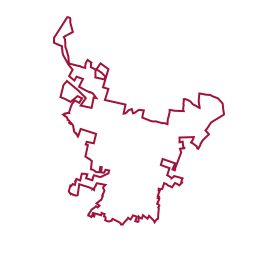 Homún, Yucatán, Mexico (Mercator projection), rotated 192°
{"feature_id": "50627088B94698794440678", "entity_name": "Homún", "entity_type": "district", "adm_level": 2, "iso_a3": "MEX", "parent_name": "Mexico", "parent_adm1": "Yucatán", "projection": "mercator", "projection_center": [-89.236, 20.665], "detail": "fine", "context": "isolated", "style": "outline", "palette": "rose", "viewbox_px": 256, "rotation_deg": 192, "n_neighbors": 0, "source": "geoboundaries", "source_scale": "gbopen_adm2", "svg_char_len": 5761}
<svg xmlns="http://www.w3.org/2000/svg" viewBox="0 0 256 256"><g transform="rotate(192 128 128)"><path d="M197.5,161.3L197.7,160.7L198.9,158.8L199.1,158.4L199.9,156.9L200.2,155.2L200.1,154.7L200.4,145.1L200.5,144.2L195.5,143.3L189.6,141.6L183.8,148.8L180.4,147.7L179.1,147.6L179.7,145.5L180.1,145.1L180.8,142.5L185.6,143.8L187.7,140.0L188.5,135.6L188.6,133.9L188.9,131.1L188.6,130.4L190.5,130.1L190.9,129.9L191.7,129.1L192.4,128.8L192.7,129.1L193.0,128.9L193.2,128.5L193.4,128.4L193.4,128.2L193.9,127.8L194.2,127.6L193.5,127.2L193.0,127.0L192.4,126.6L191.3,126.2L190.8,126.2L190.3,125.8L189.8,125.6L189.6,125.4L189.6,125.1L189.2,124.7L189.1,124.4L188.7,124.0L188.6,123.8L188.7,123.4L188.0,123.3L187.1,123.0L186.8,122.6L186.3,122.1L186.7,120.9L186.0,120.5L184.8,120.1L184.5,120.1L184.5,120.9L184.0,120.6L183.7,120.1L183.2,120.0L182.8,119.7L182.3,118.9L181.9,118.5L181.8,117.8L181.6,117.4L181.5,117.0L181.2,116.5L181.1,116.0L181.0,115.9L180.5,115.3L180.6,114.6L180.0,113.4L179.4,112.8L179.1,112.5L178.7,112.3L178.2,112.3L177.9,112.2L177.6,111.8L177.1,111.6L177.0,111.4L177.1,111.0L176.9,110.8L176.2,110.8L175.8,110.4L175.6,109.9L175.6,109.6L175.2,109.2L174.9,110.5L174.1,117.2L158.0,115.6L158.3,105.9L165.5,105.9L165.6,104.9L165.9,103.1L163.7,102.9L163.7,92.6L163.7,91.2L160.9,90.1L160.6,89.9L158.6,89.4L157.3,88.5L156.5,88.2L155.7,79.9L153.4,79.8L150.3,78.5L150.3,78.4L149.7,78.3L146.7,78.8L147.0,84.2L145.5,84.2L145.2,79.1L144.3,79.0L143.0,79.2L142.7,79.1L142.0,79.4L141.3,82.5L137.6,82.5L137.7,79.6L144.8,74.2L146.8,74.3L148.9,74.5L151.5,74.7L151.8,73.1L151.9,72.8L152.0,69.5L158.6,70.1L158.1,74.3L159.6,74.1L160.7,74.2L163.7,73.7L163.8,66.7L167.9,67.4L168.0,65.8L168.4,65.4L168.6,64.8L168.0,64.6L168.1,61.3L170.5,61.7L171.5,59.4L172.4,59.7L172.7,53.6L170.4,51.5L170.2,52.0L169.2,51.8L167.8,51.2L166.9,51.3L165.1,51.0L164.1,51.3L163.3,51.8L164.0,62.9L158.4,62.3L157.8,62.3L154.4,61.9L153.6,61.9L151.7,61.4L150.7,61.2L149.9,61.3L149.9,60.9L149.7,61.1L149.2,60.9L148.3,60.4L148.3,60.8L148.5,61.4L148.5,61.8L148.3,63.0L148.2,63.5L147.8,64.1L147.5,65.0L147.4,66.3L146.9,67.5L138.2,67.7L140.1,64.6L139.7,64.0L139.4,63.5L139.1,63.2L138.0,61.9L138.7,58.1L138.9,58.1L139.1,56.3L138.5,56.1L139.1,52.4L139.3,52.1L139.5,52.1L143.1,47.8L139.7,46.0L141.2,44.0L143.0,44.8L144.8,42.5L146.1,41.3L146.9,40.0L147.1,39.1L147.7,37.7L148.0,37.2L148.0,36.7L148.3,36.1L148.5,35.7L148.4,35.5L148.6,35.0L148.8,34.7L148.7,34.1L147.9,34.1L145.3,33.3L144.9,34.9L143.8,34.6L142.8,34.3L142.6,35.4L143.8,35.6L144.8,35.8L144.6,37.6L139.7,37.4L136.2,37.0L136.0,38.6L136.1,39.4L135.1,39.1L133.0,39.0L133.0,37.9L133.1,36.6L132.8,36.6L131.5,36.1L131.1,34.9L131.2,33.2L129.5,32.6L128.7,32.5L127.6,32.7L126.9,32.7L124.7,33.9L124.8,34.6L124.5,35.5L124.3,35.9L118.0,34.3L115.6,33.4L114.9,32.2L113.2,32.4L112.4,34.3L109.7,38.8L109.2,40.2L108.1,39.6L106.5,39.0L105.7,41.1L105.0,43.5L103.0,43.4L101.1,43.1L101.1,42.7L101.0,41.7L101.5,38.4L99.1,38.2L98.3,38.6L99.0,43.4L98.6,43.1L95.7,42.3L95.6,42.6L95.2,45.8L93.0,44.7L90.0,43.4L89.2,46.5L88.6,46.1L83.5,42.8L82.4,41.3L81.7,43.0L80.9,44.7L80.5,45.0L80.0,45.2L79.7,45.6L80.3,48.8L81.2,55.9L81.9,56.4L81.2,58.6L82.7,59.8L83.7,59.9L83.4,62.2L83.1,62.2L82.9,63.2L82.7,65.5L83.8,65.5L84.5,65.6L84.4,66.4L83.6,66.3L83.4,67.3L84.7,67.6L84.4,70.4L84.0,72.9L85.1,73.2L85.3,75.0L83.5,74.7L83.2,75.1L82.1,75.2L81.8,75.9L81.2,81.6L80.6,81.4L78.8,81.2L76.7,80.0L74.5,79.8L72.6,79.1L70.6,84.0L68.1,83.4L65.8,82.6L63.8,85.8L64.7,86.1L64.2,90.1L72.9,90.6L73.2,89.7L74.9,87.9L75.0,88.3L79.9,90.0L79.6,90.8L79.7,91.4L79.1,97.3L88.2,98.6L87.7,104.9L74.4,103.2L75.9,96.8L73.8,96.6L73.8,96.3L73.4,96.3L73.3,96.9L73.7,96.9L70.9,115.1L72.8,118.5L67.9,120.2L68.0,120.2L68.8,120.5L68.8,120.4L70.0,120.8L71.7,126.0L74.6,124.7L75.6,129.4L61.7,132.8L62.2,129.8L63.3,126.9L62.1,126.7L56.9,124.3L55.9,122.4L55.1,122.2L54.8,122.8L53.7,126.5L53.7,127.8L53.0,129.4L52.8,130.6L50.8,133.9L47.5,138.6L48.4,139.5L49.0,139.7L51.7,141.7L50.3,144.4L48.0,150.4L47.8,150.8L37.5,160.5L36.9,161.4L38.6,165.6L40.5,171.6L46.2,175.7L46.5,175.8L51.0,176.5L51.9,176.5L53.2,177.1L54.5,177.4L59.6,176.7L60.9,176.9L65.4,176.6L64.5,169.2L63.3,165.6L62.8,164.8L62.8,164.3L62.4,163.5L62.2,163.2L62.1,162.5L63.3,162.8L67.0,164.1L68.4,164.2L70.1,165.1L72.2,166.8L74.7,167.7L75.5,167.8L77.4,168.1L78.3,168.2L79.4,167.8L79.3,167.4L79.0,165.7L78.8,163.0L78.2,161.8L78.2,161.2L78.3,160.5L77.9,157.8L77.7,157.2L77.0,156.1L86.3,154.5L90.2,154.5L91.0,154.3L90.6,152.3L90.6,148.2L90.9,145.0L90.2,139.9L92.1,140.2L92.8,140.4L95.6,139.9L100.2,140.1L101.2,140.3L102.6,140.2L104.8,139.6L107.1,139.6L116.2,141.2L116.3,145.0L116.2,148.5L121.1,148.0L124.7,144.2L126.2,143.4L128.3,147.4L131.0,145.5L132.0,144.1L132.4,143.1L133.8,141.7L135.3,141.1L135.3,150.4L156.4,150.6L155.3,162.1L160.9,162.6L159.4,181.5L168.3,185.5L171.2,178.5L169.2,178.1L165.4,176.6L162.3,174.5L161.0,174.0L161.0,172.2L160.9,170.6L170.5,170.7L170.7,172.7L171.4,175.4L171.9,178.5L177.0,179.8L177.3,181.9L177.6,183.2L177.6,183.8L177.4,184.4L180.6,185.6L181.6,186.2L182.2,185.0L182.9,182.0L182.4,177.9L185.1,177.9L187.2,178.3L188.0,178.6L189.0,178.5L189.3,178.4L193.9,178.6L199.2,178.8L200.5,183.0L201.0,185.1L204.4,191.6L205.1,192.8L206.2,194.4L206.4,195.6L207.1,198.6L208.2,201.8L209.7,203.6L208.8,204.6L201.9,210.4L206.2,218.8L206.6,219.8L206.8,221.9L207.7,223.7L210.4,223.8L217.9,203.8L219.1,200.9L218.1,196.0L213.6,195.0L209.6,194.3L209.3,192.4L209.0,191.6L208.8,191.3L208.5,190.8L208.3,190.2L207.8,188.3L206.9,186.6L206.7,186.2L206.6,185.9L199.4,177.6L194.3,173.5L196.4,166.5L190.3,163.3L189.0,167.5L182.3,166.6L184.5,158.2L177.6,156.1L173.1,154.9L172.4,154.9L172.4,155.2L170.0,154.7L169.3,154.3L165.3,150.7L167.9,150.7L167.8,140.1L179.0,140.1L175.5,148.5L176.4,149.2L185.3,154.8L197.5,161.3Z" fill="none" stroke="#9f1239" stroke-width="2"/></g></svg>